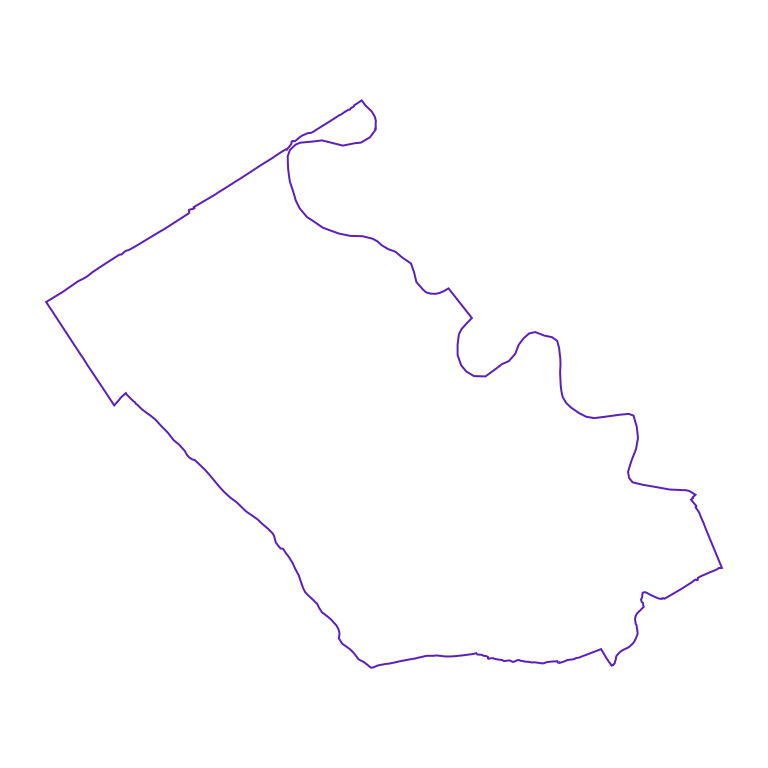 Cotofenii Din Dos, Dolj, Romania (Mercator projection)
{"feature_id": "2599482B33095899744211", "entity_name": "Cotofenii Din Dos", "entity_type": "district", "adm_level": 2, "iso_a3": "ROU", "parent_name": "Romania", "parent_adm1": "Dolj", "projection": "mercator", "projection_center": [23.638, 44.42], "detail": "fine", "context": "isolated", "style": "outline", "palette": "violet", "viewbox_px": 768, "rotation_deg": 0, "n_neighbors": 0, "source": "geoboundaries", "source_scale": "gbopen_adm2", "svg_char_len": 6097}
<svg xmlns="http://www.w3.org/2000/svg" viewBox="0 0 768 768"><path d="M611.7,665.6L612.6,664.9L613.1,665.1L613.3,665.0L614.0,664.0L614.6,663.5L614.7,663.3L615.0,661.6L615.5,660.3L615.8,659.3L615.9,658.5L616.1,656.9L616.6,655.7L619.0,653.0L620.4,651.7L620.8,651.4L621.5,650.9L623.8,649.6L626.6,648.3L628.6,647.3L629.5,646.6L632.1,644.2L632.9,643.4L633.5,642.7L634.2,641.6L635.7,638.8L636.9,635.9L637.5,634.3L637.6,633.4L637.6,632.6L637.5,632.0L637.2,629.8L636.9,628.2L636.8,627.8L636.8,626.6L636.7,625.9L636.6,625.5L636.0,624.4L635.7,623.9L635.6,623.2L635.5,622.3L635.3,620.9L635.1,619.9L635.1,619.0L635.2,617.9L635.9,615.5L637.0,613.5L643.7,606.9L643.4,606.0L643.3,605.0L642.9,602.9L642.2,602.4L641.5,601.3L641.2,600.4L641.1,599.2L641.7,598.3L642.2,596.7L642.4,594.5L642.6,592.8L644.6,592.1L646.8,592.8L649.7,594.5L657.6,598.1L659.4,598.7L661.7,598.9L662.4,598.7L662.5,598.2L663.4,598.2L664.5,598.7L672.4,594.2L681.9,588.6L692.2,582.0L695.2,579.6L696.1,579.7L696.8,580.2L697.7,579.9L697.7,579.0L697.9,577.9L700.7,576.3L709.0,572.7L716.3,569.7L717.0,569.3L717.5,569.0L718.0,568.5L718.6,568.1L719.3,568.0L720.8,568.0L721.9,567.9L706.2,529.9L703.2,522.2L701.4,518.1L700.0,514.8L699.6,513.5L698.8,512.0L695.6,507.3L696.1,506.8L696.4,506.1L691.0,499.7L693.0,498.1L692.6,497.3L695.5,494.8L689.6,491.1L686.5,490.3L669.4,489.5L656.9,487.2L643.4,484.9L632.6,482.3L629.1,478.0L628.0,471.9L631.5,460.6L636.1,448.8L638.0,437.9L636.7,426.5L633.5,415.6L628.9,413.9L620.0,414.7L606.2,416.6L594.4,418.1L586.3,416.8L578.9,413.0L571.1,407.6L566.2,403.0L562.7,397.1L561.4,391.2L560.7,385.1L560.1,372.9L560.5,364.0L560.3,358.4L559.1,348.1L557.2,340.9L552.1,337.2L544.3,335.6L535.3,332.1L529.2,333.4L523.6,338.3L518.7,344.8L515.2,353.9L508.8,361.1L502.0,364.1L496.0,368.7L485.5,376.4L474.0,376.1L466.4,371.6L461.1,365.2L457.6,355.1L457.6,344.8L458.9,334.3L461.6,329.0L467.4,322.6L471.9,318.0L448.5,288.4L443.8,291.2L439.7,292.9L435.3,293.9L429.9,293.5L426.0,292.3L422.8,289.4L416.4,282.0L414.0,272.0L410.9,263.4L402.2,257.5L395.4,251.7L388.4,249.2L382.1,245.5L377.5,241.4L372.6,238.7L362.4,236.2L350.4,235.9L339.1,233.6L329.6,230.2L322.8,227.7L312.1,220.3L307.1,217.2L299.7,208.4L295.8,200.6L293.5,192.5L289.9,181.8L288.9,175.2L288.2,169.3L287.9,163.2L287.7,156.3L290.0,149.9L295.6,144.6L300.2,142.7L313.1,141.5L322.0,140.4L342.9,145.6L354.3,143.3L361.0,142.6L370.1,137.2L375.8,129.4L375.7,128.0L375.4,128.1L375.7,127.1L375.8,126.6L375.7,125.5L375.6,124.2L375.8,121.7L375.9,120.7L375.6,119.9L375.0,117.3L374.1,115.4L371.7,111.4L365.2,105.2L361.7,100.4L355.8,104.3L354.3,105.1L354.2,105.6L353.5,106.8L352.9,107.2L352.2,107.4L351.5,107.7L351.2,108.2L350.8,108.3L350.3,108.9L349.9,109.5L349.4,109.7L348.3,109.9L347.2,110.5L345.2,111.6L341.1,114.5L339.1,115.3L337.7,116.3L326.1,123.7L321.5,126.5L313.3,131.7L311.4,132.7L310.3,133.0L309.2,132.9L307.3,133.3L306.1,133.9L302.5,135.4L299.5,137.4L295.1,141.1L294.7,141.2L294.3,141.2L293.7,141.2L292.9,141.0L292.4,141.0L292.1,141.2L291.7,141.6L291.6,142.1L291.5,142.7L291.5,143.5L291.3,143.9L290.9,144.5L290.3,145.4L288.4,147.6L287.3,148.9L286.8,149.7L286.2,149.2L282.7,151.2L276.9,154.9L272.6,157.9L260.8,165.2L242.3,177.3L241.5,177.9L236.7,180.8L224.6,188.5L218.3,192.4L215.4,194.4L193.8,207.1L194.5,208.0L194.5,208.3L194.2,208.5L189.1,209.8L189.2,212.8L188.8,213.3L163.2,229.8L160.7,231.1L134.3,247.0L128.7,250.1L126.1,250.7L123.9,252.3L122.4,253.8L121.7,254.3L121.3,254.5L120.6,254.6L119.5,254.6L119.0,254.9L107.6,262.2L99.0,267.8L92.2,272.4L89.5,274.6L86.3,277.0L82.9,278.9L80.1,280.2L77.1,281.9L62.6,292.0L46.1,302.0L46.6,302.5L47.1,303.5L52.0,310.9L71.9,341.3L76.8,348.8L81.8,356.3L83.5,358.8L84.7,360.7L87.0,364.4L106.4,393.5L114.2,405.4L119.0,400.0L121.1,397.3L125.5,393.4L125.9,393.1L126.7,394.5L130.5,398.4L133.3,401.0L134.8,402.2L136.2,404.1L137.1,404.6L139.0,406.4L141.9,409.3L147.6,413.6L148.7,414.3L151.4,416.3L155.3,419.5L157.4,421.7L160.2,424.9L164.9,429.7L168.1,433.0L173.4,439.9L176.1,442.2L178.7,444.2L183.5,449.5L184.9,451.1L186.8,454.7L189.1,457.4L192.4,459.5L194.5,459.9L197.4,462.5L205.2,470.0L210.3,475.8L219.3,486.7L224.4,492.2L230.8,498.0L236.7,502.3L241.5,507.0L245.9,511.3L252.2,515.6L257.6,519.4L262.5,524.1L268.3,529.0L271.9,532.6L273.2,534.2L274.1,536.1L275.1,539.7L275.7,542.4L277.3,544.5L279.5,547.3L280.6,548.4L281.6,548.6L283.1,548.8L285.9,553.2L288.9,557.0L292.9,563.6L294.8,567.9L296.7,571.6L298.8,575.4L300.2,579.7L303.1,588.0L305.0,591.9L307.2,594.4L310.0,597.0L312.7,599.5L315.5,602.3L317.2,603.8L318.0,605.6L319.4,608.3L321.0,610.8L322.2,612.6L324.5,614.1L328.0,616.9L330.7,619.2L332.3,620.8L333.1,621.9L334.1,622.9L335.4,624.3L336.8,626.0L338.4,629.1L339.3,632.2L339.5,634.5L338.9,637.3L338.8,638.3L340.1,640.3L342.0,643.5L344.5,645.3L348.8,648.3L351.4,650.6L354.1,653.4L358.5,659.2L360.7,660.5L363.8,662.0L366.9,664.4L370.8,667.6L373.3,667.5L376.9,665.8L379.4,665.1L386.1,663.9L390.0,663.5L391.7,663.0L393.7,662.7L400.2,661.2L409.0,659.5L415.6,658.4L418.2,657.7L422.0,656.9L423.9,656.4L426.1,655.9L428.3,655.8L433.7,655.8L435.8,655.5L437.1,655.5L441.8,656.0L443.7,656.3L445.3,656.4L448.6,656.5L451.3,656.4L454.6,656.2L461.5,655.5L472.5,654.1L476.3,653.2L476.6,653.7L477.3,654.5L480.5,654.7L482.2,655.0L483.7,655.8L485.9,656.1L487.5,656.6L488.0,657.0L487.9,657.8L488.0,658.5L488.4,658.8L489.4,658.6L490.2,658.3L492.0,658.2L493.2,658.2L494.4,658.8L496.3,659.2L501.7,660.0L502.6,660.2L503.8,661.0L504.7,661.0L509.0,660.4L510.3,660.7L512.8,661.9L513.7,661.8L514.8,661.4L517.7,660.1L518.6,660.0L519.4,660.2L520.6,660.8L521.2,660.9L522.1,660.9L523.0,661.2L524.0,661.2L524.9,661.7L525.9,661.7L526.9,661.7L528.1,661.9L529.1,661.9L530.1,662.2L531.7,662.4L532.8,662.4L534.0,662.3L535.5,662.4L542.3,663.4L543.6,663.3L544.7,663.0L545.8,662.4L547.3,662.1L551.3,661.6L554.6,661.4L556.5,661.3L557.3,661.2L557.5,662.0L557.8,662.4L558.3,662.7L559.1,662.7L559.5,662.5L559.7,662.9L564.1,661.5L565.1,661.0L565.9,660.8L566.8,660.2L569.8,659.7L571.9,659.5L574.2,659.1L575.2,658.5L576.2,658.0L577.5,657.8L578.9,657.7L580.7,656.9L582.4,656.2L585.8,655.0L601.1,649.1L606.6,658.4L608.5,661.2L611.7,665.6Z" fill="none" stroke="#5b21b6" stroke-width="2"/></svg>